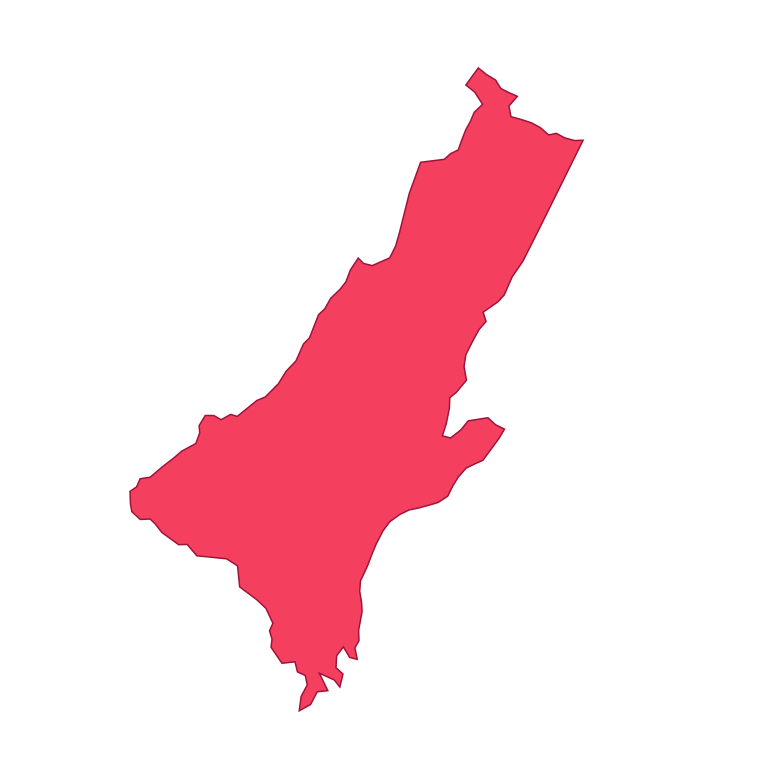 Portão, Rio Grande do Sul, Brazil, rotated 36°
{"feature_id": "56859067B47058469819557", "entity_name": "Portão", "entity_type": "district", "adm_level": 2, "iso_a3": "BRA", "parent_name": "Brazil", "parent_adm1": "Rio Grande do Sul", "projection": "natural_earth1", "projection_center": [-51.245, -29.693], "detail": "fine", "context": "isolated", "style": "filled", "palette": "rose", "viewbox_px": 768, "rotation_deg": 36, "n_neighbors": 0, "source": "geoboundaries", "source_scale": "gbopen_adm2", "svg_char_len": 1939}
<svg xmlns="http://www.w3.org/2000/svg" viewBox="0 0 768 768"><g transform="rotate(36 384 384)"><path d="M241.6,620.1L249.2,629.9L255.0,635.5L266.3,636.9L274.2,630.7L280.8,631.6L291.7,634.7L312.3,634.7L319.1,629.5L333.6,633.0L359.3,618.0L372.4,617.2L386.5,633.0L407.6,633.3L420.3,634.9L434.7,642.8L436.5,651.0L443.4,656.3L447.4,663.4L465.6,669.9L475.3,661.1L483.2,667.8L491.6,666.1L498.8,672.6L500.6,685.5L507.5,698.2L513.0,686.4L510.9,672.3L518.8,665.1L501.7,656.0L517.7,652.7L526.4,655.1L521.3,642.8L511.9,641.7L505.4,631.6L505.7,620.6L517.0,625.4L524.2,622.5L515.6,614.6L514.7,606.5L508.2,598.1L504.3,589.9L500.0,580.9L493.8,573.4L486.2,566.0L480.7,557.1L479.0,548.0L477.2,539.2L474.6,530.0L471.7,517.9L469.5,503.3L469.6,492.0L473.5,480.2L478.3,471.2L484.7,464.2L492.4,454.6L497.5,447.9L501.5,437.2L499.6,426.4L498.8,415.8L499.9,403.7L504.3,395.5L508.9,387.4L509.0,360.3L508.0,349.7L498.2,351.4L487.9,350.2L473.8,364.3L473.1,376.1L469.6,388.5L461.7,391.6L457.6,379.2L451.1,365.1L445.3,356.4L447.4,348.3L448.5,332.5L438.4,322.7L433.0,312.2L430.3,295.4L428.9,283.9L429.8,273.4L422.0,267.6L427.9,250.4L428.9,241.3L424.7,221.7L424.2,202.9L418.9,170.4L401.8,69.8L394.9,75.1L385.4,78.7L376.1,79.9L370.9,85.7L360.0,84.7L349.5,86.1L339.1,89.5L329.6,93.1L321.7,85.7L322.8,72.9L314.8,74.6L304.9,76.3L295.6,72.5L285.1,73.4L274.5,72.9L274.5,94.0L285.7,94.5L299.3,99.8L297.3,111.2L299.5,120.6L300.7,130.2L303.2,139.8L306.5,151.0L302.5,158.4L300.7,166.8L283.3,183.1L292.4,214.9L307.6,252.6L312.3,265.5L314.5,278.6L304.9,295.1L296.6,298.5L289.1,297.3L289.8,311.7L293.1,323.7L292.8,332.8L290.5,346.1L291.9,357.9L290.3,366.3L296.6,390.5L295.3,398.9L299.2,417.1L297.3,431.2L298.4,445.8L295.6,464.2L290.8,472.1L284.3,496.5L277.8,498.7L273.2,508.7L264.9,509.5L257.9,514.5L258.9,526.3L263.7,532.0L266.7,542.7L259.8,557.3L257.2,568.2L253.3,581.5L249.6,596.9L242.4,604.0L244.3,612.7L241.6,620.1Z" fill="#f43f5e" stroke="#9f1239" stroke-width="1.5"/></g></svg>